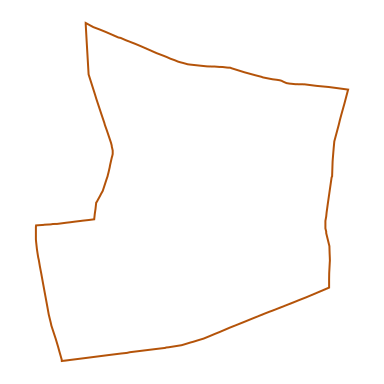 At Tahrir, Amanat Al Asimah, Yemen (Mercator projection)
{"feature_id": "15242507B91083186243628", "entity_name": "At Tahrir", "entity_type": "district", "adm_level": 2, "iso_a3": "YEM", "parent_name": "Yemen", "parent_adm1": "Amanat Al Asimah", "projection": "mercator", "projection_center": [44.197, 15.354], "detail": "fine", "context": "isolated", "style": "outline", "palette": "amber", "viewbox_px": 384, "rotation_deg": 0, "n_neighbors": 0, "source": "geoboundaries", "source_scale": "gbopen_adm2", "svg_char_len": 2180}
<svg xmlns="http://www.w3.org/2000/svg" viewBox="0 0 384 384"><path d="M348.1,89.6L337.8,88.2L328.7,87.0L316.8,85.9L314.4,85.6L304.3,84.3L303.1,84.3L295.4,84.2L291.7,83.8L289.5,83.6L286.5,83.1L283.3,81.7L281.6,80.8L279.9,80.3L276.9,79.8L272.7,79.3L269.0,78.6L262.9,77.4L261.4,76.8L255.5,75.3L248.9,73.5L244.5,72.3L241.0,71.2L231.7,68.3L230.2,67.7L227.4,67.6L222.6,67.0L218.9,66.9L214.2,66.5L211.0,66.5L207.2,66.4L203.3,66.0L190.3,64.6L187.8,64.3L183.2,63.0L180.4,62.3L178.0,61.6L174.7,60.2L170.4,58.7L166.9,57.1L163.9,55.9L156.5,53.1L140.6,46.1L136.8,44.5L135.6,44.0L125.8,40.2L120.6,37.9L118.4,37.5L105.6,31.9L99.7,29.5L93.3,27.1L85.7,23.0L85.7,24.1L86.6,40.3L88.6,74.4L95.0,94.5L96.3,98.8L101.4,114.2L104.3,122.8L104.9,125.0L106.8,130.3L109.1,137.1L111.0,142.8L111.7,145.5L111.8,146.7L112.2,148.3L112.7,150.5L112.7,154.0L112.3,155.8L111.8,157.5L111.0,161.0L110.0,165.5L109.7,167.3L108.5,172.5L107.8,175.2L107.6,176.2L106.8,178.5L106.1,180.6L103.9,187.4L102.7,191.0L101.1,193.8L100.1,195.8L97.9,199.8L96.9,201.7L96.2,202.6L95.5,209.0L94.8,213.7L94.2,219.3L88.8,220.0L82.4,220.7L81.0,220.9L75.1,221.6L69.9,222.3L66.4,222.7L57.3,223.9L52.9,224.0L50.7,224.4L44.6,224.7L43.5,224.9L36.1,225.4L35.9,227.0L35.9,233.5L35.9,239.4L36.1,241.7L36.9,249.0L37.6,253.7L38.2,257.4L38.8,260.0L39.9,266.5L41.3,273.8L43.0,283.2L47.3,306.5L48.7,314.3L49.2,316.4L50.4,321.3L50.7,322.5L51.4,325.7L55.8,339.1L58.1,346.8L59.3,351.2L61.7,359.6L61.8,361.0L84.1,358.2L103.6,355.7L107.5,355.2L121.1,353.5L127.0,352.9L129.9,352.2L138.1,351.2L156.8,348.9L165.2,347.9L166.2,347.5L168.4,347.3L181.6,345.2L184.3,344.4L190.8,342.4L192.8,341.9L195.4,341.1L197.6,340.4L203.6,338.6L210.4,335.8L214.9,333.9L219.4,332.1L229.4,327.8L244.7,321.7L249.8,319.6L255.5,317.3L264.9,313.5L269.5,311.7L272.3,310.7L295.4,301.6L298.3,300.4L306.0,297.4L329.1,287.6L329.1,279.6L329.2,273.1L329.8,261.9L329.9,260.7L329.8,257.6L329.6,252.9L329.4,246.1L328.7,243.3L326.2,233.1L326.2,231.6L325.4,228.4L325.4,220.9L326.2,216.5L326.6,212.5L327.9,203.1L331.6,177.4L332.1,176.4L332.6,161.5L332.8,158.7L333.6,149.0L334.3,141.4L338.7,125.0L339.9,120.0L341.4,114.4L344.4,103.7L348.1,89.6Z" fill="none" stroke="#b45309" stroke-width="2"/></svg>